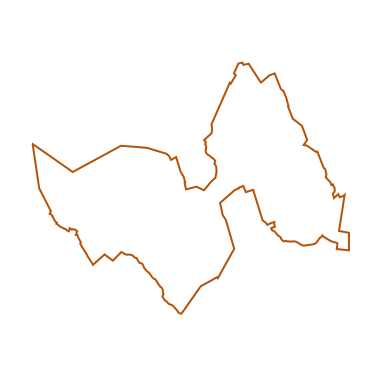 Eersel, Noord-Brabant, Netherlands, rotated 79°
{"feature_id": "6326949B60524061283729", "entity_name": "Eersel", "entity_type": "district", "adm_level": 2, "iso_a3": "NLD", "parent_name": "Netherlands", "parent_adm1": "Noord-Brabant", "projection": "natural_earth1", "projection_center": [5.327, 51.393], "detail": "fine", "context": "isolated", "style": "outline", "palette": "amber", "viewbox_px": 384, "rotation_deg": 79, "n_neighbors": 0, "source": "geoboundaries", "source_scale": "gbopen_adm2", "svg_char_len": 5625}
<svg xmlns="http://www.w3.org/2000/svg" viewBox="0 0 384 384"><g transform="rotate(79 192 192)"><path d="M114.6,339.2L114.8,339.3L115.3,339.3L126.0,339.8L159.2,341.3L183.9,334.2L186.3,335.8L186.4,335.5L186.5,335.4L186.6,335.1L186.9,334.8L187.2,334.5L187.4,334.5L187.7,334.2L188.7,333.8L188.8,333.7L190.4,333.2L190.7,333.2L191.0,333.1L191.3,333.0L191.6,332.9L192.5,332.6L193.3,332.4L194.6,332.0L196.5,330.5L197.3,331.1L197.4,330.9L198.3,330.1L198.9,329.6L200.3,328.5L200.7,328.2L201.1,327.7L201.8,326.7L203.5,324.6L203.8,324.1L204.2,323.4L204.6,323.0L205.1,322.6L205.7,322.2L206.5,321.3L207.0,320.6L207.1,320.4L206.1,319.9L205.8,319.8L205.0,319.3L204.5,319.0L204.2,318.8L204.8,318.3L205.5,317.6L205.9,317.4L206.0,317.3L206.1,317.2L206.1,316.9L205.8,316.1L206.0,315.6L206.2,315.2L206.3,314.9L206.3,314.6L206.7,314.0L207.0,313.6L207.7,313.0L208.7,312.2L212.0,314.2L212.3,312.7L215.6,312.2L217.4,311.6L220.4,310.7L221.4,311.6L225.0,310.4L228.8,308.9L231.6,307.8L232.3,307.5L233.4,307.2L234.8,306.8L236.0,306.4L241.1,304.4L242.0,304.0L243.2,303.5L244.6,303.1L236.6,289.7L244.3,282.8L243.0,280.9L238.4,274.2L237.5,272.9L237.8,272.7L238.0,272.5L238.1,272.3L238.1,272.2L238.2,271.7L238.3,271.5L238.5,271.3L239.5,270.5L239.9,270.1L240.0,269.9L240.9,268.4L241.0,268.1L241.1,267.8L241.4,266.8L241.4,265.8L241.4,265.4L241.7,264.6L242.0,264.0L242.5,263.2L243.0,262.5L243.0,262.4L243.3,262.2L243.5,262.1L244.3,261.6L245.7,260.2L245.8,260.1L246.0,259.9L246.2,259.3L246.3,259.0L246.5,259.0L246.6,258.9L249.8,257.9L250.5,257.6L251.3,257.1L251.6,256.8L252.1,255.9L252.6,254.9L252.8,254.7L253.7,254.3L254.6,254.0L256.7,253.5L257.6,253.4L258.1,253.2L261.2,251.3L261.7,251.0L261.8,250.9L262.0,250.7L262.4,250.2L262.7,249.9L262.9,249.8L263.8,249.2L264.5,248.9L267.0,247.8L268.8,246.9L269.1,246.7L269.3,246.5L270.8,244.8L271.2,244.4L271.5,244.3L271.9,244.1L275.6,242.8L276.9,242.1L277.8,241.7L278.7,241.3L279.0,241.2L279.7,240.4L279.8,240.3L280.8,239.8L281.5,239.6L282.4,239.4L283.1,239.4L284.6,239.6L284.9,239.6L286.1,239.4L286.4,239.4L286.6,239.4L286.8,239.5L288.4,240.8L288.7,240.9L288.8,240.9L289.0,240.9L289.4,240.8L292.8,239.6L293.0,239.5L293.1,239.4L295.0,237.5L295.2,237.3L295.4,237.2L296.6,236.7L296.9,236.6L297.5,236.0L297.8,235.6L299.1,233.4L299.2,233.2L299.4,233.0L299.6,232.8L304.0,230.0L304.5,229.7L307.5,228.3L307.9,228.1L308.3,227.7L308.5,227.5L308.7,227.2L308.9,226.8L309.4,225.6L309.0,225.2L308.9,225.0L291.1,206.5L286.2,201.4L285.9,200.4L282.4,189.6L280.4,183.6L281.5,183.1L280.1,181.8L269.9,173.3L255.8,161.4L234.4,163.3L225.9,164.1L220.4,166.3L208.1,166.5L205.2,161.6L198.1,149.4L197.4,145.3L196.6,145.2L196.1,141.3L196.0,141.2L196.6,140.7L196.4,140.3L202.4,139.2L201.5,131.6L233.2,128.1L236.6,125.2L238.7,124.3L237.5,120.1L237.2,117.0L237.6,117.2L237.9,117.3L242.1,117.4L242.4,120.9L243.2,121.3L243.6,121.0L243.8,120.9L244.1,120.8L244.9,120.6L245.0,120.5L245.4,119.9L246.0,118.9L246.4,118.6L246.5,118.5L247.3,118.0L249.1,116.9L249.5,116.9L250.8,116.1L251.1,115.9L252.0,115.0L253.0,114.1L253.3,113.8L253.4,113.6L253.7,113.5L253.9,113.4L254.5,113.4L255.0,113.4L255.5,113.3L255.8,113.1L256.8,112.4L257.1,112.2L257.4,111.8L257.9,111.3L258.0,111.1L258.1,110.8L258.1,110.6L257.9,109.9L257.8,109.1L258.2,108.8L258.3,108.7L259.2,105.8L259.6,104.0L259.8,102.2L260.0,101.1L260.1,100.6L260.3,99.9L260.6,99.4L260.9,99.0L265.3,94.1L265.6,93.7L265.7,93.4L265.9,92.9L265.9,92.7L266.0,92.2L266.4,85.5L266.4,82.6L266.4,82.0L266.3,81.7L266.2,81.3L265.5,79.7L265.2,79.3L264.9,78.8L261.9,75.9L261.7,75.6L261.5,75.2L260.6,73.5L260.3,73.0L259.9,72.7L259.4,72.4L259.8,72.1L260.0,72.1L260.3,72.0L260.8,71.6L261.0,71.4L266.1,65.8L266.7,65.1L269.8,59.3L270.0,59.1L270.4,59.0L270.5,59.1L275.6,60.8L279.2,49.1L262.0,45.7L258.3,55.1L228.3,44.3L223.9,42.7L224.7,44.1L224.9,44.5L225.0,44.8L225.1,46.0L225.1,46.8L225.3,48.0L222.0,48.9L225.1,53.8L220.4,54.0L219.1,52.3L218.8,52.0L218.0,51.6L214.9,51.3L213.0,52.2L211.5,52.1L211.6,53.9L209.0,54.2L203.1,57.9L202.9,57.9L200.6,56.7L194.8,56.9L193.5,58.1L176.2,61.3L176.3,61.7L176.4,62.5L168.4,70.3L167.2,73.4L162.9,69.0L148.2,71.4L141.4,77.2L141.4,77.3L139.2,79.1L126.5,81.4L126.3,80.9L117.3,81.5L110.1,83.0L110.1,83.4L107.6,85.2L91.4,88.2L92.1,93.2L92.0,93.3L97.7,103.3L97.7,103.5L95.6,104.4L76.9,111.9L77.0,117.3L74.6,117.8L74.8,122.0L83.6,128.2L85.7,126.7L93.0,133.2L91.9,134.0L129.4,160.0L134.8,160.3L137.6,161.5L137.9,161.6L138.3,162.0L138.5,162.3L138.8,162.6L138.9,162.8L139.2,163.2L140.0,164.9L140.5,165.7L140.7,165.9L141.5,167.3L142.5,168.7L142.6,168.9L142.9,169.4L143.2,169.8L143.3,170.1L144.6,169.6L145.4,169.1L145.6,169.0L146.1,169.4L146.3,169.5L147.2,169.5L147.3,169.5L147.8,170.0L148.2,169.9L148.9,169.6L149.6,169.4L149.9,169.3L150.4,169.3L150.6,169.4L151.3,169.7L151.7,169.8L152.4,170.2L152.9,170.2L153.0,170.3L153.1,170.5L153.6,170.6L154.2,170.6L154.9,170.8L155.3,170.8L155.5,170.8L156.1,170.7L156.4,170.6L156.7,170.5L156.8,170.4L157.4,170.0L157.7,169.8L158.2,169.4L158.5,169.3L159.5,168.0L160.0,167.6L160.6,167.0L161.5,166.6L161.8,166.3L162.6,165.3L162.7,165.1L163.1,164.9L164.3,164.1L165.4,163.5L165.6,163.4L166.1,163.5L167.1,163.8L167.4,163.9L167.7,164.1L168.3,164.6L170.1,163.9L171.4,163.4L171.5,163.4L175.8,163.9L177.4,164.3L178.3,164.6L182.4,166.3L182.6,166.4L185.3,171.0L192.6,179.9L187.6,186.7L187.7,186.9L187.8,190.1L188.3,197.3L184.2,197.5L181.3,197.4L181.2,196.8L175.6,197.3L170.0,199.2L169.7,199.3L154.7,200.9L154.7,201.0L154.8,201.4L155.7,203.9L155.8,204.3L156.4,206.0L156.5,206.4L156.4,206.4L152.2,207.7L152.2,207.8L149.6,209.7L140.0,227.9L139.2,230.8L136.4,240.7L133.1,252.9L149.6,305.3L130.6,323.6L117.6,336.2L114.6,339.2Z" fill="none" stroke="#b45309" stroke-width="2"/></g></svg>